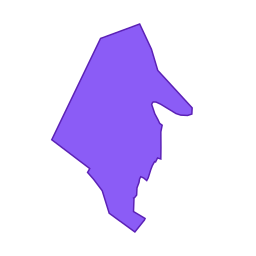 Darwin Waterfront Precinct, Australia, rotated 145°
{"feature_id": "25037944B77006542086789", "entity_name": "Darwin Waterfront Precinct", "entity_type": "district", "adm_level": 2, "iso_a3": "AUS", "parent_name": "Australia", "parent_adm1": "", "projection": "equal_earth", "projection_center": [130.846, -12.469], "detail": "fine", "context": "isolated", "style": "filled", "palette": "violet", "viewbox_px": 256, "rotation_deg": 145, "n_neighbors": 0, "source": "geoboundaries", "source_scale": "gbopen_adm2", "svg_char_len": 738}
<svg xmlns="http://www.w3.org/2000/svg" viewBox="0 0 256 256"><g transform="rotate(145 128 128)"><path d="M63.9,107.7L70.6,158.1L63.6,179.1L58.8,206.5L99.1,217.1L197.2,162.1L182.6,116.7L186.6,114.8L185.6,106.0L185.5,103.4L185.1,91.4L192.3,68.9L182.0,38.9L167.3,43.2L165.9,44.1L171.4,56.4L163.7,66.6L163.6,67.4L162.5,67.2L159.4,68.1L155.0,73.8L150.2,77.1L147.9,79.5L145.5,80.8L143.9,78.2L142.8,74.2L140.0,75.6L133.4,80.7L129.7,83.2L125.5,85.2L124.9,84.4L121.0,86.5L118.9,83.8L112.3,93.0L103.3,106.0L98.4,110.7L99.4,113.6L98.7,117.7L97.9,124.3L96.2,130.0L95.5,132.4L95.1,133.7L93.9,134.5L92.4,134.9L90.1,133.1L87.6,128.8L80.4,112.3L77.4,108.3L72.0,104.1L67.7,102.8L63.9,107.7Z" fill="#8b5cf6" stroke="#5b21b6" stroke-width="1.5"/></g></svg>